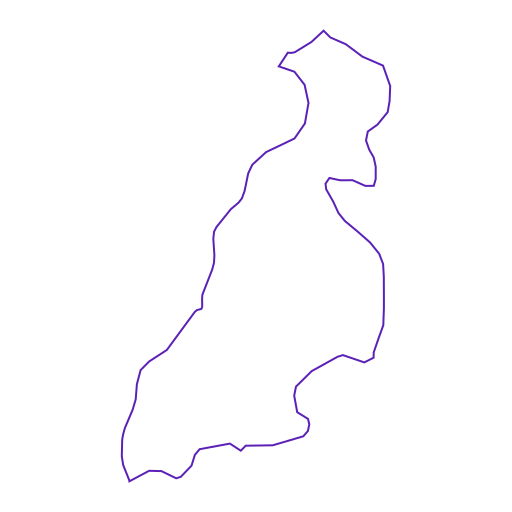 South Ayrshire, Albers equal-area conic projection
{"feature_id": "GBR-2009", "entity_name": "South Ayrshire", "entity_type": "Unitary District", "adm_level": 1, "iso_a3": "GBR", "parent_name": "United Kingdom", "parent_adm1": "", "projection": "albers", "projection_center": [-4.694, 55.293], "detail": "fine", "context": "isolated", "style": "outline", "palette": "violet", "viewbox_px": 512, "rotation_deg": 0, "n_neighbors": 0, "source": "natural_earth", "source_scale": "10m", "svg_char_len": 1326}
<svg xmlns="http://www.w3.org/2000/svg" viewBox="0 0 512 512"><path d="M129.4,481.3L129.2,480.1L123.2,465.1L121.8,456.3L122.2,439.6L123.1,434.5L124.9,428.0L132.7,409.6L135.7,399.4L136.9,384.1L140.6,370.1L149.1,361.5L166.8,350.0L194.8,311.9L196.9,310.1L201.4,308.9L202.2,306.6L202.1,298.5L202.4,294.7L212.3,269.3L214.0,262.6L214.4,255.1L213.3,238.7L214.1,231.6L216.5,227.0L230.8,209.2L238.6,202.6L242.0,198.2L244.6,190.9L248.2,173.4L252.3,164.7L266.1,152.1L294.5,138.5L304.9,123.5L308.5,103.0L304.6,84.8L294.4,71.7L278.8,66.4L287.8,52.7L291.5,52.9L294.8,52.2L311.4,42.0L323.6,30.7L330.4,37.5L345.8,44.2L362.5,56.7L383.0,65.6L390.2,86.0L389.6,100.8L387.7,112.1L377.5,124.6L367.8,131.5L366.0,140.5L369.2,149.6L373.7,157.5L375.7,166.6L375.7,179.0L373.8,185.8L365.4,185.9L352.5,180.2L340.3,180.3L329.4,178.0L325.5,183.7L326.2,189.3L333.3,201.8L338.5,213.1L344.9,221.0L357.2,231.2L370.1,242.5L379.2,253.8L383.1,264.0L383.8,276.5L383.9,294.6L383.9,308.2L383.3,325.2L378.8,337.7L373.7,352.4L373.6,357.7L364.3,362.4L342.9,355.1L337.5,356.8L311.7,371.1L296.0,386.6L294.2,395.6L297.2,412.2L308.0,418.9L309.3,424.3L307.9,431.0L303.3,436.3L272.7,445.3L245.7,445.7L240.8,450.7L229.9,443.6L199.6,449.2L194.9,454.8L191.5,465.7L180.8,476.8L176.2,478.3L161.4,471.1L149.1,470.8L129.4,481.3Z" fill="none" stroke="#5b21b6" stroke-width="2"/></svg>